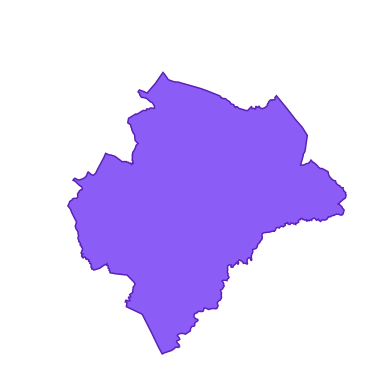 Chu Puh, Gia Lai, Vietnam (orthographic projection), rotated 321°
{"feature_id": "81297802B62904822955283", "entity_name": "Chu Puh", "entity_type": "district", "adm_level": 2, "iso_a3": "VNM", "parent_name": "Vietnam", "parent_adm1": "Gia Lai", "projection": "orthographic", "projection_center": [108.066, 13.509], "detail": "fine", "context": "isolated", "style": "filled", "palette": "violet", "viewbox_px": 384, "rotation_deg": 321, "n_neighbors": 0, "source": "geoboundaries", "source_scale": "gbopen_adm2", "svg_char_len": 6014}
<svg xmlns="http://www.w3.org/2000/svg" viewBox="0 0 384 384"><g transform="rotate(321 192 192)"><path d="M66.9,298.9L67.1,299.2L68.9,299.5L76.8,302.4L78.0,302.3L79.4,302.6L81.6,302.3L82.3,302.8L83.2,304.0L85.0,304.4L85.8,302.6L85.6,298.8L86.2,298.3L86.8,298.2L88.5,298.8L89.7,298.8L90.3,297.6L90.2,295.2L90.4,294.1L92.2,294.1L94.3,294.8L96.7,297.0L97.2,298.2L97.8,298.4L103.2,298.9L105.0,297.2L106.9,296.3L108.8,297.4L109.8,297.6L110.5,297.1L111.0,296.0L112.7,295.4L115.1,295.7L115.9,295.5L116.2,294.6L115.0,292.7L114.9,290.3L116.1,288.9L117.8,288.2L119.6,289.0L122.2,288.9L123.9,290.7L125.1,291.5L126.0,291.5L128.1,290.0L129.0,290.1L130.0,291.7L130.9,293.8L132.0,294.1L134.8,295.6L137.3,297.9L138.2,298.1L140.7,296.8L141.6,294.5L142.1,293.9L144.5,293.3L145.9,293.8L148.5,292.7L150.3,289.9L151.3,289.3L152.3,286.2L154.8,286.5L156.6,285.6L157.5,285.6L159.1,282.7L159.4,280.1L161.3,280.5L162.3,281.7L163.1,282.2L163.4,282.9L164.9,281.9L165.9,282.1L167.2,281.5L167.6,278.9L168.6,278.3L169.0,276.3L170.7,275.2L171.7,273.4L173.4,271.9L175.3,272.1L176.4,273.2L176.5,273.8L175.3,274.4L175.1,275.0L175.7,275.8L176.6,276.1L178.2,275.3L180.2,275.4L182.1,274.7L182.4,275.2L182.2,276.8L182.6,277.1L183.7,276.4L184.2,274.9L186.0,274.4L187.0,276.8L187.4,278.8L187.1,279.3L187.1,279.9L188.3,280.4L189.4,282.7L190.1,282.5L190.8,281.1L192.3,279.2L194.4,278.7L195.2,279.1L195.5,279.7L195.4,280.5L194.8,281.8L195.2,282.6L195.9,282.1L196.6,280.6L198.2,278.7L201.6,276.8L202.9,274.9L205.9,276.1L206.7,276.1L208.1,275.7L210.0,274.1L213.1,273.8L214.8,272.9L216.3,272.9L218.1,271.6L218.8,270.1L219.7,269.0L221.0,268.6L222.4,269.0L227.8,272.4L229.4,272.7L231.3,274.4L232.6,274.2L234.4,273.1L235.2,272.9L236.4,273.6L237.1,274.9L238.8,274.6L240.0,274.8L241.0,276.5L241.9,276.4L243.5,276.7L244.2,275.1L246.2,275.9L247.1,275.9L247.2,276.2L246.5,276.9L247.1,278.5L248.0,278.9L248.9,278.4L249.4,278.5L250.6,279.7L250.9,280.9L251.8,281.6L252.1,282.6L252.4,282.4L252.9,281.5L253.5,282.2L255.9,282.6L256.9,281.1L257.9,281.1L259.0,281.8L259.4,281.2L259.9,281.2L261.1,282.1L260.9,283.2L261.6,283.9L261.9,284.7L263.5,285.7L262.8,286.6L263.0,287.0L264.9,287.3L265.0,288.1L266.9,288.3L267.2,289.3L268.5,288.5L270.6,289.4L270.9,289.8L270.9,292.3L271.6,292.6L273.1,292.6L272.9,293.8L273.3,295.7L275.7,295.6L277.5,297.4L279.2,298.0L280.4,297.9L282.4,297.1L282.8,297.7L284.1,298.4L285.7,298.5L287.9,299.6L289.8,299.9L291.8,301.3L292.8,303.3L293.9,304.2L295.1,304.3L296.1,303.8L298.9,301.7L298.8,299.3L299.2,297.8L298.7,294.3L298.4,293.7L297.3,293.3L304.1,293.0L307.5,293.2L309.9,291.3L310.1,289.9L311.1,289.2L310.6,286.5L311.1,285.7L311.3,284.4L312.1,283.8L311.1,283.1L310.7,281.8L310.8,280.1L310.1,279.1L309.5,276.1L310.5,273.7L309.3,272.0L308.7,269.5L308.6,266.1L309.5,263.6L310.5,261.9L308.0,255.7L306.5,254.5L305.8,251.7L306.0,250.6L305.6,247.6L305.2,246.0L304.6,244.9L304.8,244.0L304.4,242.8L304.5,242.1L302.9,242.8L301.9,242.7L300.7,243.1L298.7,241.9L296.4,241.5L293.9,240.1L293.3,239.4L301.5,233.6L302.2,232.7L304.4,232.0L306.1,230.9L317.2,220.6L318.4,211.0L318.0,200.4L318.3,187.1L318.2,170.3L315.9,170.7L315.2,172.1L314.7,172.3L314.0,172.2L313.1,171.2L311.9,171.2L311.6,170.2L311.2,169.9L308.3,170.1L307.6,170.8L306.3,171.0L304.2,172.5L301.5,172.3L299.1,171.5L297.9,169.4L298.1,167.7L297.6,167.4L296.3,167.5L295.6,165.8L295.1,165.9L294.6,166.9L293.1,167.2L292.9,166.1L291.2,164.7L292.0,163.2L291.9,163.0L286.5,163.7L285.7,163.2L281.2,156.7L280.7,154.1L279.7,153.4L279.1,153.7L278.9,151.5L279.4,150.4L277.8,148.0L278.1,145.6L277.0,142.3L276.8,140.5L274.6,138.6L274.4,136.9L273.7,136.5L274.2,135.0L267.7,123.4L263.9,117.1L250.4,97.9L247.6,95.3L244.5,90.3L244.3,89.5L244.8,83.1L244.7,80.8L231.8,84.6L219.3,86.8L217.7,83.5L215.3,79.6L213.3,80.1L213.0,80.5L213.3,82.3L212.5,83.8L212.3,86.6L214.2,88.6L215.7,90.8L216.4,95.7L217.2,97.0L217.4,98.6L217.0,100.0L217.1,101.2L215.6,103.2L214.6,102.8L213.3,101.1L212.1,100.4L210.5,100.6L209.4,99.0L208.7,99.0L208.0,99.6L207.4,99.7L205.4,97.9L197.7,96.8L197.5,96.0L189.1,94.8L185.6,97.8L186.6,101.2L185.4,103.3L185.2,104.5L184.2,106.1L184.0,108.0L183.4,108.8L183.4,111.3L180.2,116.2L180.6,120.4L178.1,120.5L175.6,122.1L172.9,123.4L170.9,123.9L169.4,125.5L168.8,125.6L168.5,126.4L167.6,127.1L167.5,127.8L165.5,129.5L165.5,130.9L164.5,132.6L164.0,131.8L162.6,132.7L162.2,132.6L162.4,131.6L162.3,130.8L161.1,129.5L161.1,128.5L160.1,127.7L159.9,126.7L158.9,126.3L158.4,125.6L156.5,124.2L156.3,122.5L154.6,115.8L152.1,112.0L151.0,111.1L149.2,107.6L145.1,109.8L132.9,114.9L129.4,116.6L127.0,117.0L125.9,116.8L125.1,115.9L124.7,114.9L124.0,111.2L123.4,111.1L120.5,112.8L118.6,113.3L116.2,113.2L112.0,111.8L110.6,110.0L109.9,108.0L108.9,107.4L108.4,107.8L107.0,107.9L108.0,110.4L108.6,115.5L109.4,118.3L109.2,119.5L108.7,120.7L108.1,121.0L107.0,120.3L104.6,120.4L103.9,121.1L103.1,121.0L101.8,121.5L100.6,123.4L99.6,124.2L98.2,124.2L96.1,122.5L94.7,122.2L93.9,122.7L91.0,122.4L89.6,123.4L86.8,124.7L86.8,128.5L85.6,132.3L83.4,142.4L83.0,143.0L79.7,145.1L78.6,148.0L78.5,150.5L77.9,151.9L76.9,153.2L76.3,154.7L74.5,155.9L74.0,156.7L73.7,158.1L72.9,159.2L72.9,162.0L71.7,162.7L71.8,163.9L72.1,164.2L71.5,165.1L71.5,166.6L70.9,167.6L67.4,169.6L67.3,170.6L68.3,171.5L68.2,171.8L67.0,171.5L65.9,172.3L66.0,173.2L65.6,173.9L65.8,174.4L66.3,175.0L67.2,174.6L68.0,175.2L68.1,176.1L67.4,177.2L67.7,177.5L67.6,177.9L68.6,178.1L68.6,179.0L69.2,179.9L68.1,180.8L68.5,181.7L68.3,182.6L67.7,183.2L68.3,184.3L67.6,185.1L67.3,186.1L66.2,186.8L66.4,187.9L65.7,188.9L66.5,189.6L66.6,190.9L72.4,193.2L78.7,193.6L78.9,194.1L79.3,194.4L80.7,194.4L79.7,195.6L80.4,196.2L80.4,196.7L78.9,198.3L79.4,199.8L79.0,200.3L78.2,200.7L78.4,201.6L77.5,203.2L81.1,207.4L89.3,215.7L90.2,225.3L90.0,227.5L87.8,228.7L86.3,228.9L85.6,230.0L84.4,230.8L82.9,232.7L79.0,232.5L78.7,234.4L78.2,235.0L77.6,234.9L76.9,233.9L76.4,233.9L76.0,234.3L75.5,237.4L73.9,236.5L73.2,235.1L72.5,234.5L72.1,234.6L71.0,235.5L71.8,236.4L71.8,237.1L68.8,239.8L76.1,255.0L76.3,256.0L71.8,276.9L68.4,291.2L66.9,298.9Z" fill="#8b5cf6" stroke="#5b21b6" stroke-width="1.5"/></g></svg>